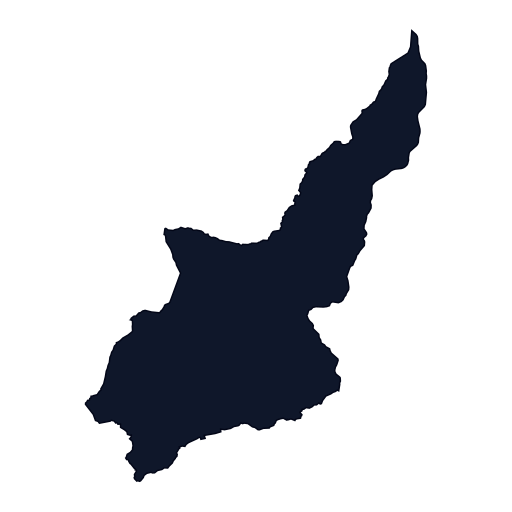 the district of Boisoara, Vâlcea, Romania
{"feature_id": "2599482B73820905312016", "entity_name": "Boisoara", "entity_type": "district", "adm_level": 2, "iso_a3": "ROU", "parent_name": "Romania", "parent_adm1": "Vâlcea", "projection": "albers", "projection_center": [24.415, 45.492], "detail": "fine", "context": "isolated", "style": "filled", "palette": "ink", "viewbox_px": 512, "rotation_deg": 0, "n_neighbors": 0, "source": "geoboundaries", "source_scale": "gbopen_adm2", "svg_char_len": 6080}
<svg xmlns="http://www.w3.org/2000/svg" viewBox="0 0 512 512"><path d="M338.7,390.8L339.7,384.6L339.6,383.0L340.4,381.1L340.2,377.9L339.8,377.2L336.0,374.1L334.9,371.9L334.7,370.2L335.4,367.1L336.6,364.9L338.1,360.4L337.9,359.0L331.2,353.1L330.0,350.6L329.6,348.8L325.7,346.7L324.5,344.9L321.2,343.0L320.6,339.9L319.1,337.6L318.8,334.3L313.3,328.9L313.0,328.1L313.3,325.5L312.3,323.6L309.5,321.0L308.0,318.6L306.8,315.3L307.6,314.0L308.7,310.3L311.0,309.4L312.9,307.4L315.9,306.7L323.4,307.0L326.8,306.6L329.4,305.7L330.3,303.3L331.9,302.0L333.2,301.9L338.4,302.7L341.2,301.5L343.0,299.8L344.4,296.7L345.8,295.3L346.2,293.7L348.6,289.7L348.8,287.1L347.9,280.8L346.6,276.6L349.9,267.3L351.0,266.0L352.7,265.3L354.6,260.6L355.7,258.9L356.8,255.0L358.2,253.7L359.9,250.7L364.3,245.6L364.6,242.0L364.3,240.8L363.5,239.9L363.4,237.9L365.8,235.9L366.7,234.1L366.4,232.6L363.9,228.9L364.1,225.2L365.7,221.6L366.5,217.8L366.5,216.3L367.2,214.2L368.5,212.8L371.0,208.1L371.1,205.0L370.3,202.6L370.5,200.6L371.6,198.7L372.2,195.8L371.7,189.6L372.0,185.2L375.1,181.6L378.9,179.1L383.4,176.9L387.0,174.5L390.7,171.0L392.7,169.9L395.2,169.1L401.6,168.4L403.6,167.7L405.3,166.6L406.9,165.0L407.6,163.7L408.5,160.2L408.4,157.6L409.1,153.1L409.8,151.5L416.6,145.5L417.6,144.1L418.3,142.4L418.6,137.7L419.9,133.0L420.0,131.2L419.9,129.0L417.9,120.9L417.3,116.6L417.6,114.3L418.5,112.5L424.3,106.6L425.3,104.5L426.4,92.4L425.5,84.6L426.5,78.3L426.5,76.0L426.1,73.4L426.3,71.0L425.6,65.7L424.9,63.8L421.4,60.2L420.3,58.0L418.7,51.2L418.4,46.3L417.7,44.1L417.6,38.5L417.2,36.4L416.0,34.5L411.8,30.7L410.6,46.9L408.0,53.1L391.2,63.7L390.4,65.5L390.2,66.7L389.4,67.8L388.9,71.5L389.3,74.5L388.5,76.8L387.7,78.0L387.7,79.2L385.8,80.9L384.1,84.8L382.1,87.1L381.9,88.4L380.7,90.1L379.4,91.3L378.8,93.7L376.3,99.0L375.7,100.8L375.0,101.7L373.5,102.1L371.8,104.3L370.2,105.2L369.9,106.1L366.9,108.5L365.2,109.4L362.5,110.0L362.1,110.4L362.0,112.0L362.5,113.0L356.6,119.8L353.1,121.9L350.9,125.2L350.6,126.1L350.6,127.3L351.8,133.8L352.8,136.7L352.9,138.1L352.6,139.4L350.4,140.5L349.3,143.1L345.2,144.8L342.7,144.7L341.1,144.0L340.4,141.9L339.0,141.5L336.0,141.4L334.3,141.7L333.3,143.2L330.8,145.4L329.5,147.6L327.2,149.6L326.0,151.2L325.1,151.5L324.4,152.6L323.5,152.6L322.1,153.5L320.4,156.5L318.1,156.5L316.9,157.5L315.8,159.2L314.5,159.5L313.5,160.7L310.0,161.7L309.5,162.6L309.6,163.7L308.6,164.4L307.8,167.8L306.3,169.0L305.5,169.0L305.1,169.8L305.0,170.8L306.6,172.2L306.7,173.0L305.1,174.7L304.6,177.1L302.7,179.4L302.6,181.0L301.7,182.7L300.2,184.1L299.8,188.1L298.8,190.4L300.6,192.5L300.4,194.3L299.4,195.8L298.6,196.3L298.1,196.3L297.2,195.1L295.5,195.7L295.1,196.4L294.8,198.1L293.6,200.5L293.7,201.0L295.2,201.8L294.8,203.9L294.9,205.1L291.7,205.9L289.3,207.5L287.2,210.7L285.2,212.1L284.8,213.2L285.2,213.9L285.0,215.0L284.3,216.0L282.6,217.3L282.9,219.3L282.3,220.5L282.5,221.9L280.9,223.3L281.6,226.7L281.3,227.6L280.5,228.0L280.3,229.8L279.2,230.5L274.1,231.3L272.9,231.8L271.3,233.9L270.3,236.5L268.9,237.7L268.7,239.1L267.8,240.5L263.0,240.2L262.5,240.9L261.2,241.1L260.3,242.0L258.9,242.3L257.2,243.3L251.5,243.2L250.5,244.1L249.6,244.0L248.3,244.6L242.6,244.4L241.6,245.6L239.8,244.8L238.7,243.7L236.9,243.9L229.2,241.9L225.8,241.7L222.0,240.6L219.5,240.3L217.5,238.7L215.3,237.7L213.4,237.3L211.8,237.6L210.4,237.1L208.8,236.1L207.9,234.1L206.2,234.4L204.3,234.1L203.3,232.5L201.3,231.1L196.6,230.1L193.3,230.3L190.9,228.4L189.4,228.4L187.9,227.9L185.2,228.8L180.9,227.4L178.6,228.9L175.1,229.6L173.2,230.5L168.1,230.0L166.0,228.5L165.4,228.4L164.9,228.8L164.1,234.5L165.0,234.8L165.6,236.2L166.2,241.7L170.8,249.1L172.8,254.6L173.0,257.2L173.6,258.9L176.0,262.5L176.5,265.1L180.6,273.1L170.0,302.0L168.9,303.4L165.7,304.5L164.6,305.3L164.3,306.5L162.3,309.8L161.2,310.7L159.6,312.8L151.5,312.0L145.1,310.4L142.7,311.0L140.7,312.6L138.8,313.0L136.1,316.1L133.8,316.2L131.1,318.4L130.9,319.8L130.7,319.9L132.3,320.4L132.4,320.8L132.6,324.4L132.3,326.4L132.6,331.0L132.0,331.9L128.0,335.1L122.9,338.0L120.3,340.6L118.3,342.0L116.4,342.7L116.4,344.2L114.4,346.1L113.1,350.3L111.7,352.2L110.8,355.5L110.0,357.1L109.3,362.7L108.1,365.4L107.4,368.5L106.3,371.1L105.4,376.7L103.7,383.9L100.9,388.8L101.1,389.9L99.3,391.5L97.2,394.7L93.3,395.7L92.4,396.2L91.1,396.2L90.8,398.1L89.8,398.5L89.4,400.2L87.6,400.4L86.8,402.0L85.6,403.0L85.5,404.3L93.3,414.4L95.5,420.5L98.1,421.4L99.4,423.2L110.3,421.1L111.2,420.3L114.2,421.0L115.7,423.0L116.8,422.5L117.9,424.2L120.5,424.1L120.6,427.4L124.3,429.6L126.9,431.7L127.5,434.4L130.0,435.2L131.3,435.1L131.1,437.1L129.6,438.8L132.2,441.1L132.5,442.0L133.1,445.8L132.6,447.9L132.6,449.7L130.4,452.4L127.2,454.3L126.2,457.5L125.7,458.0L126.6,459.5L127.1,459.3L128.6,460.3L128.8,461.3L130.0,463.4L131.0,464.1L134.3,468.3L135.2,468.7L135.2,469.9L136.2,470.0L136.4,470.4L136.3,471.5L134.5,474.4L134.5,475.2L135.0,476.2L134.2,477.4L134.5,478.7L136.8,481.1L137.7,480.7L139.7,481.3L140.7,480.7L143.3,477.5L144.0,475.4L146.8,473.3L151.0,472.3L152.5,472.9L154.6,472.8L157.5,470.5L161.8,469.5L164.3,467.8L167.7,468.0L169.2,466.0L172.3,463.0L173.2,460.9L175.3,458.4L175.4,457.7L176.9,456.3L177.2,454.3L176.4,452.9L178.8,448.9L179.8,448.0L179.2,447.0L182.2,446.0L184.9,446.4L186.1,444.4L188.5,442.6L197.0,438.7L198.8,437.5L199.9,437.3L200.6,438.0L200.9,439.3L205.1,438.4L204.2,435.4L215.1,433.5L220.8,431.8L220.6,429.1L224.5,429.7L230.6,428.4L233.9,426.5L238.2,425.7L239.3,425.0L240.7,423.0L242.6,423.6L244.3,423.1L248.0,423.6L252.4,426.8L255.1,427.5L258.0,429.7L259.4,429.8L263.3,428.3L269.3,428.0L269.9,426.9L273.7,425.4L274.3,423.8L275.3,422.9L276.1,420.7L277.5,419.7L280.7,418.7L283.3,418.2L286.6,420.0L287.1,419.4L287.4,419.9L288.1,419.8L291.0,418.9L294.9,420.5L295.5,419.4L296.8,418.8L300.5,418.2L300.7,417.6L300.6,416.6L301.6,415.7L301.9,414.6L300.2,412.9L299.9,412.2L302.0,410.7L301.8,410.0L302.1,409.3L303.8,409.2L306.0,407.6L309.4,408.1L312.2,406.7L314.1,404.9L316.6,404.8L318.8,402.9L320.2,404.0L321.4,403.6L322.5,400.6L325.9,396.0L330.9,393.8L333.0,392.3L335.1,391.6L337.4,390.1L338.7,390.8Z" fill="#0f172a" stroke="#020617" stroke-width="1.5"/></svg>